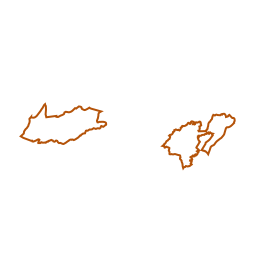 Jonotla, Puebla, Mexico, rotated 49°
{"feature_id": "50627088B1268038266758", "entity_name": "Jonotla", "entity_type": "district", "adm_level": 2, "iso_a3": "MEX", "parent_name": "Mexico", "parent_adm1": "Puebla", "projection": "natural_earth1", "projection_center": [-97.514, 20.084], "detail": "fine", "context": "isolated", "style": "outline", "palette": "amber", "viewbox_px": 256, "rotation_deg": 49, "n_neighbors": 0, "source": "geoboundaries", "source_scale": "gbopen_adm2", "svg_char_len": 5725}
<svg xmlns="http://www.w3.org/2000/svg" viewBox="0 0 256 256"><g transform="rotate(49 128 128)"><path d="M56.1,193.9L56.3,195.0L56.3,195.9L56.5,196.5L58.0,197.4L58.7,198.1L59.5,199.2L60.3,200.9L61.0,201.8L61.7,204.6L61.7,206.0L62.2,208.0L62.6,208.9L63.8,210.3L63.9,214.4L66.7,213.5L74.1,209.5L74.5,208.8L74.7,208.6L75.2,208.7L75.5,208.9L76.2,208.3L77.0,206.0L77.6,203.4L77.8,203.0L78.1,202.9L78.4,202.6L78.8,202.6L80.0,205.1L80.3,205.5L80.5,205.6L81.8,204.1L81.9,203.3L81.8,203.0L82.1,202.8L82.1,202.6L82.4,202.5L82.6,202.3L82.8,202.3L83.4,201.7L84.4,200.4L84.6,199.9L85.1,199.8L85.2,199.5L85.1,198.4L85.4,197.7L85.8,197.5L85.8,197.0L85.6,196.6L85.8,196.0L86.2,195.6L86.2,195.0L86.7,193.7L87.4,193.5L87.8,193.1L88.1,193.0L89.2,193.1L90.2,192.4L90.3,191.8L90.2,190.8L90.5,190.3L91.3,189.9L92.9,190.2L94.1,190.0L94.4,189.6L94.9,188.8L97.0,187.8L97.8,187.1L98.0,186.2L98.3,184.6L98.5,182.0L98.7,181.4L98.7,180.7L98.6,180.1L99.1,178.9L99.5,178.4L100.0,178.2L100.2,177.6L100.5,177.2L101.5,176.9L101.8,176.2L102.1,174.8L102.5,172.0L102.4,169.9L102.2,169.3L102.3,169.1L102.5,169.1L102.6,168.9L102.7,168.6L102.4,167.4L102.7,166.4L102.7,165.6L103.8,163.9L103.5,163.5L102.7,162.0L102.5,161.6L102.7,161.0L103.3,160.5L103.6,160.2L103.7,159.7L103.9,158.0L104.8,157.0L105.4,156.0L105.6,154.1L106.6,153.4L107.6,152.9L108.1,151.5L108.5,150.8L109.6,150.0L109.8,149.6L109.7,148.4L109.0,147.4L109.0,147.1L109.0,146.8L109.3,146.6L110.8,146.0L110.9,145.8L111.0,144.5L110.9,143.8L111.2,142.6L111.1,142.3L110.7,141.9L109.7,141.3L109.2,141.3L108.3,141.7L107.1,142.6L104.9,145.2L104.5,145.7L104.2,146.8L103.7,147.3L102.7,147.0L102.0,146.5L101.6,145.6L101.3,145.2L101.0,144.5L99.3,142.3L98.4,141.5L97.6,140.4L97.5,139.2L97.9,137.4L89.4,143.0L88.3,143.6L87.3,143.8L87.0,145.9L86.4,148.3L85.8,149.2L83.5,150.2L82.8,150.1L82.0,149.6L81.4,149.6L80.6,150.0L79.5,150.9L79.3,154.4L78.3,154.9L78.5,158.3L78.4,159.9L78.2,160.5L77.7,161.8L77.3,162.4L75.2,164.1L74.9,164.4L74.6,165.8L75.4,167.0L75.4,167.7L74.9,169.6L74.4,170.8L73.9,173.2L73.7,173.7L72.6,174.7L71.9,174.1L66.3,182.6L63.6,181.2L60.4,177.9L58.3,176.2L57.5,175.6L56.3,175.4L55.6,175.0L55.6,176.0L55.8,176.6L56.8,179.3L57.2,181.1L57.8,183.0L59.0,188.9L59.0,190.0L58.8,191.5L58.3,192.4L57.2,193.6L56.3,194.1L56.1,193.9ZM200.4,84.7L198.2,80.7L196.7,78.2L196.5,76.9L196.8,75.6L197.1,74.6L197.1,73.7L196.5,71.4L196.3,69.7L196.5,65.4L196.7,64.1L196.2,60.8L195.8,59.5L192.7,54.7L192.3,53.7L192.4,52.7L193.1,52.1L193.4,51.5L193.8,50.4L194.0,48.9L194.0,47.6L193.8,44.6L193.3,44.4L192.6,42.8L191.1,41.7L190.0,41.6L189.5,41.9L188.9,42.7L188.2,42.8L184.6,42.9L184.5,43.5L184.5,44.2L184.8,44.6L184.8,44.9L184.5,45.8L184.0,46.8L183.4,46.4L182.0,45.9L180.6,45.9L179.9,46.7L179.1,48.1L179.5,48.4L178.8,49.2L178.9,50.0L177.0,51.9L176.0,52.4L175.7,53.0L175.6,53.9L175.3,53.9L175.1,54.6L174.1,55.0L174.6,56.4L176.4,59.0L176.4,59.3L176.4,59.9L177.1,62.4L176.9,63.0L177.4,64.3L177.8,64.8L179.4,66.6L179.8,67.5L180.5,68.1L181.0,69.0L180.8,69.3L181.1,69.9L181.0,70.9L181.2,71.3L181.5,71.4L180.4,72.5L176.9,76.8L176.3,76.6L176.7,75.9L176.3,75.2L175.3,74.2L175.2,73.8L173.9,73.3L173.7,73.2L173.9,72.8L174.0,71.0L173.3,70.6L172.4,70.5L172.0,70.0L172.0,69.8L171.6,69.7L171.3,69.5L170.9,69.4L170.5,69.5L170.0,70.0L170.0,70.5L169.5,72.0L169.2,72.3L168.7,72.5L168.2,73.2L168.2,73.7L168.8,74.2L169.1,74.9L169.0,75.2L168.7,75.3L168.7,75.7L168.0,75.9L167.7,76.4L167.2,75.7L167.0,74.6L166.8,74.4L165.8,74.8L165.2,75.2L164.9,75.4L164.7,75.8L164.7,76.4L164.8,76.7L165.5,77.1L165.7,77.5L165.7,78.4L165.4,78.7L164.1,78.7L163.8,78.9L163.6,79.2L163.8,80.2L164.1,80.7L164.2,81.3L164.0,81.6L164.1,82.1L163.9,82.5L164.0,82.7L164.0,83.0L163.2,84.7L162.9,84.8L162.6,85.1L162.1,85.6L162.1,85.9L162.1,86.1L162.8,86.9L162.8,87.2L162.3,87.8L162.3,88.0L162.8,88.3L163.4,89.2L163.6,90.0L163.6,90.8L162.4,91.2L162.4,91.5L162.0,92.0L161.5,92.4L160.5,92.8L160.4,93.1L160.4,93.6L160.1,94.1L160.0,94.5L160.8,95.0L160.9,95.6L160.5,96.5L160.8,97.0L161.1,97.1L161.4,98.0L161.6,98.5L161.5,99.7L160.8,100.6L160.7,101.0L160.8,102.0L161.5,101.8L162.4,102.0L163.5,103.9L163.2,104.8L163.5,106.2L163.2,107.5L163.7,109.0L164.1,109.9L164.1,110.5L163.8,110.9L164.4,111.8L164.2,112.1L164.2,113.7L164.8,113.2L165.7,112.8L166.8,113.2L167.2,112.6L167.1,111.4L167.4,111.1L168.2,111.0L169.1,110.3L169.8,110.0L170.2,109.9L170.8,110.5L171.4,111.5L171.9,112.1L172.3,112.1L173.3,112.4L174.6,113.6L175.0,113.8L175.9,113.0L176.2,112.3L176.9,111.9L177.8,110.9L178.2,110.0L178.5,109.6L181.2,107.9L182.6,106.8L183.1,106.8L184.7,107.8L184.8,108.5L185.4,108.9L185.8,109.1L187.1,108.9L187.8,109.0L188.5,109.6L190.6,110.3L193.0,112.0L194.6,112.7L194.3,111.6L194.4,111.2L194.9,110.4L194.7,109.3L196.3,108.1L196.8,106.8L197.1,106.6L197.2,105.8L197.2,105.5L197.1,105.4L197.3,104.2L197.3,103.8L196.9,103.8L196.0,104.0L195.8,103.4L195.4,102.9L195.4,102.4L194.8,101.6L193.8,102.4L193.4,102.6L193.2,102.3L194.0,101.8L193.5,100.9L193.7,100.1L192.4,99.6L191.1,100.1L190.9,99.9L191.0,99.5L191.6,98.6L191.3,98.1L191.3,97.3L192.2,97.2L192.1,96.5L192.6,96.5L192.3,95.4L192.8,95.4L192.4,94.4L193.4,94.2L193.3,93.2L193.1,93.2L192.7,92.0L192.5,91.0L190.8,91.2L191.0,90.1L192.0,90.0L191.5,89.0L190.7,89.0L187.7,89.3L187.2,88.3L186.6,86.0L185.8,83.9L185.6,82.8L185.4,82.7L184.9,82.9L183.1,82.6L181.1,81.7L180.5,81.1L181.4,80.7L181.2,80.2L180.8,80.9L180.1,79.8L181.7,78.0L181.8,76.8L183.0,75.0L183.3,74.8L183.1,73.5L183.9,72.7L183.6,71.8L184.2,71.5L184.0,70.3L184.4,70.2L184.7,69.7L185.1,70.8L185.6,70.7L185.6,69.0L187.3,68.2L188.1,67.6L188.3,68.9L189.1,68.9L190.2,73.6L190.3,75.3L190.0,78.9L190.4,79.5L190.8,79.9L193.0,86.9L193.5,86.4L194.0,86.3L194.5,86.2L194.7,85.8L195.1,85.6L195.2,85.4L195.6,85.2L196.0,85.2L196.4,84.8L199.0,84.5L200.4,84.7Z" fill="none" stroke="#b45309" stroke-width="2"/></g></svg>